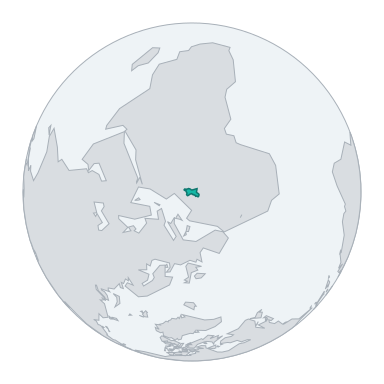 globe centered on Ash Shati', rotated 200°
{"feature_id": "LBY-2967", "entity_name": "Ash Shati'", "entity_type": "Municipality", "adm_level": 1, "iso_a3": "LBY", "parent_name": "Libya", "parent_adm1": "", "projection": "orthographic", "projection_center": [12.752, 27.893], "detail": "fine", "context": "on_globe", "style": "filled", "palette": "teal", "viewbox_px": 384, "rotation_deg": 200, "n_neighbors": 0, "source": "natural_earth", "source_scale": "10m", "svg_char_len": 10749}
<svg xmlns="http://www.w3.org/2000/svg" viewBox="0 0 384 384"><g transform="rotate(200 192 192)"><circle cx="192" cy="192" r="169" fill="#eef3f6" stroke="#a8b0b8"/><path d="M141.4,30.8L143.2,30.3L163.7,25.4L164.3,25.3L168.8,24.6L169.1,24.6L189.8,23.1L183.6,23.3L183.9,23.4L189.1,23.2L193.0,23.4L185.4,23.6L191.5,24.0L182.0,25.7L160.9,28.2L156.4,30.8L136.7,38.2L139.2,38.1L133.4,41.6L134.2,42.9L130.3,44.4L134.3,44.3L137.7,42.7L140.5,42.3L141.3,43.1L136.5,44.9L135.4,44.8L134.4,45.8L131.7,46.4L133.5,46.5L127.5,49.0L134.5,47.9L130.7,50.9L126.5,52.2L125.5,50.3L113.4,50.3L108.9,51.9L103.3,55.5L95.8,65.5L91.3,68.3L86.3,73.3L89.3,72.3L94.4,68.1L98.8,68.0L104.5,63.4L107.1,62.8L113.5,59.2L114.0,61.8L111.0,66.4L105.7,69.7L104.2,72.0L110.4,70.8L101.7,79.4L98.0,89.6L95.6,91.9L88.8,92.2L85.8,86.7L77.0,88.9L84.2,89.8L78.0,96.2L77.6,98.5L78.8,99.7L81.7,98.3L79.9,101.2L72.2,100.9L73.7,98.2L76.1,98.2L74.7,95.9L69.4,96.6L66.7,100.3L61.7,98.8L59.7,101.6L57.5,103.1L61.0,98.7L54.6,106.9L48.2,109.3L39.4,124.5L46.5,109.8L48.1,105.6L49.3,102.4L47.8,104.7L51.4,98.4L51.3,98.5L58.7,88.1L67.0,78.4L75.9,69.3L85.5,60.8L95.7,53.2L106.4,46.3L117.7,40.3L129.4,35.1L141.4,30.8ZM37.8,122.8L37.1,124.6L35.1,129.2L37.8,122.8ZM31.0,140.8L29.9,144.5L27.8,152.2L31.0,140.8ZM25.7,162.0L25.5,163.9L25.0,170.1L26.3,166.5L27.8,167.2L25.9,176.0L28.2,170.4L28.0,176.9L31.9,184.8L31.1,186.2L34.2,203.5L40.5,215.5L41.9,223.7L40.9,226.7L43.7,230.5L43.8,233.1L57.7,247.3L67.0,258.9L68.2,267.7L63.3,273.7L65.7,291.2L58.7,290.3L61.6,296.6L64.1,302.3L61.5,299.4L54.0,289.5L47.3,279.2L41.3,268.4L36.1,257.1L31.8,245.6L28.3,233.7L25.7,221.6L23.9,209.4L23.1,197.0L23.2,184.7L23.4,182.1L24.8,169.1L25.2,165.7L24.7,168.3L24.8,167.4L25.7,162.0ZM36.9,129.1L33.7,144.2L33.1,140.6L33.7,140.1L35.0,135.1L36.5,128.7L36.7,126.5L36.9,129.1ZM40.9,124.5L41.2,122.6L41.3,123.8L40.9,124.5ZM112.8,58.1L113.1,58.7L111.8,59.0L112.8,58.1ZM115.3,56.2L113.5,56.2L114.4,55.3L115.5,55.3L115.3,56.2ZM195.1,23.1L197.8,23.2L193.9,23.1L195.1,23.1ZM117.3,56.4L116.2,53.7L117.9,52.2L123.4,51.0L117.3,56.4ZM198.7,23.3L205.6,24.1L207.8,24.1L205.4,24.9L200.4,23.7L195.2,23.5L198.5,23.5L198.7,23.3ZM138.4,41.9L134.8,43.6L137.1,41.6L138.4,41.9ZM139.2,40.8L142.0,36.0L147.7,34.3L145.6,36.1L152.4,33.6L153.7,35.0L150.3,36.7L146.4,37.5L149.9,37.5L139.2,40.8ZM203.0,25.5L203.7,25.9L201.7,25.6L203.0,25.5ZM141.9,42.0L141.9,41.0L146.9,39.4L147.6,41.0L145.8,41.0L141.9,42.0ZM153.5,32.3L157.3,31.6L159.4,32.5L161.2,32.4L154.3,34.9L153.5,32.3ZM145.1,41.8L147.9,41.9L146.3,43.5L142.1,42.8L145.1,41.8ZM147.8,38.3L150.2,37.7L149.1,38.5L147.8,38.3ZM142.1,49.7L142.1,48.3L144.7,47.3L142.1,49.7ZM149.1,41.9L149.6,41.4L150.6,40.9L152.1,41.4L149.1,41.9ZM156.3,35.5L156.4,36.2L159.2,34.5L160.9,35.4L156.0,37.0L158.8,36.7L159.4,37.0L154.8,38.0L156.3,35.5ZM156.6,40.5L150.9,43.3L150.4,46.0L148.1,46.9L149.3,42.5L156.6,40.5ZM155.9,38.9L155.8,40.1L153.0,40.5L151.3,39.9L155.9,38.9ZM163.9,35.5L162.5,33.7L163.6,33.5L163.9,35.5ZM157.0,41.2L158.4,40.5L157.3,41.3L157.0,41.2ZM162.4,37.1L161.8,36.4L163.1,36.1L162.4,37.1ZM161.6,39.9L159.8,40.7L158.6,40.3L161.6,39.9ZM162.4,38.5L164.4,38.3L159.3,39.7L161.9,38.3L162.4,38.5ZM163.7,36.9L164.3,36.5L163.8,37.2L163.7,36.9ZM167.2,41.3L161.1,43.1L158.5,42.0L164.8,40.4L167.2,41.3ZM226.5,26.6L233.4,28.2L237.0,29.1L247.8,32.5L247.5,32.4L228.9,27.4L236.8,29.2L236.0,29.2L239.5,30.3L245.0,31.9L245.0,31.7L259.1,38.1L274.4,45.6L270.8,43.0L272.8,43.7L282.4,49.3L299.5,61.7L309.9,71.0L310.8,71.8L315.3,76.5L312.3,73.5L316.8,78.9L312.7,74.8L318.3,81.5L320.8,83.7L318.3,80.1L324.9,88.2L327.8,91.4L336.5,104.5L344.0,118.2L347.8,127.2L349.0,130.2L348.2,129.4L350.8,137.5L355.3,148.5L356.2,152.2L356.6,154.1L358.9,166.4L358.3,163.1L356.2,160.9L358.5,172.8L360.2,177.3L360.8,184.5L360.9,186.6L360.7,186.7L359.7,178.8L358.9,177.8L357.2,167.8L352.9,155.9L352.6,162.1L350.8,156.3L344.8,148.5L343.3,157.3L342.2,180.1L345.1,195.4L343.4,204.7L333.8,188.0L328.1,174.6L325.5,178.2L314.9,170.2L299.0,177.8L296.0,174.7L293.1,178.0L285.5,176.7L280.7,171.3L276.4,173.3L289.2,187.3L293.7,185.2L296.4,176.9L299.2,182.4L306.4,185.1L301.1,203.4L276.2,225.6L272.6,214.5L247.6,186.5L247.7,182.6L247.5,182.2L247.1,181.5L246.0,188.0L241.3,182.2L256.0,203.0L259.0,212.4L275.9,226.4L274.6,228.7L279.7,231.0L294.6,221.5L294.9,225.4L288.6,245.6L267.0,274.7L269.2,288.6L266.5,300.9L251.6,311.5L251.5,319.6L243.6,323.8L242.2,328.3L235.0,333.8L223.6,339.3L205.7,340.9L205.7,337.4L198.5,330.3L188.9,310.5L194.5,300.4L193.4,292.4L180.4,273.7L183.3,262.8L179.5,258.1L171.9,259.2L167.4,253.4L162.7,253.1L132.4,254.4L122.5,245.6L109.4,220.0L114.4,211.4L114.3,200.0L148.1,165.5L156.4,168.4L184.4,164.1L188.1,165.5L186.1,174.6L208.1,184.6L213.7,176.6L232.4,180.5L244.0,178.4L245.9,161.1L226.8,164.1L222.3,156.4L236.5,146.9L252.9,144.8L251.7,141.8L240.2,136.8L242.9,130.4L236.1,134.7L239.7,137.3L235.5,140.3L232.0,138.1L233.1,135.8L227.9,135.2L224.0,147.2L227.2,151.2L214.1,154.9L218.2,162.1L215.0,166.1L206.9,155.4L206.9,151.2L192.8,140.2L191.7,144.9L204.9,155.8L201.2,155.1L199.8,162.3L198.0,156.4L183.9,144.0L171.3,146.9L157.2,164.1L149.4,165.2L142.1,161.2L145.4,143.6L162.3,143.3L163.7,137.8L158.7,129.7L164.3,130.5L164.3,127.4L170.6,127.1L177.8,119.6L183.9,118.7L185.3,109.4L188.6,107.9L186.8,113.7L188.9,117.6L203.8,116.2L206.3,114.0L206.0,108.2L210.1,108.9L207.9,103.5L215.8,100.5L204.3,100.0L203.6,94.0L207.6,89.0L205.3,87.1L198.9,95.3L198.2,98.8L200.9,101.8L197.1,112.1L192.3,114.1L188.4,103.5L181.1,105.4L181.3,97.0L198.5,78.9L206.5,75.2L222.7,80.8L221.7,84.6L215.4,84.3L222.6,89.7L221.4,86.8L224.8,87.5L225.0,82.6L227.5,82.9L223.5,77.8L226.6,77.7L229.0,81.0L232.0,74.2L237.9,73.2L237.3,71.5L235.1,70.1L244.1,70.0L243.3,68.9L240.1,68.4L236.4,65.9L233.4,61.7L236.7,61.9L238.2,63.4L246.3,67.3L249.9,71.8L250.9,71.5L248.6,67.7L238.7,62.9L236.0,60.3L240.9,62.0L238.9,61.2L238.6,60.0L241.3,59.2L236.0,57.1L228.0,45.6L232.5,43.4L237.8,45.8L235.6,39.6L240.8,38.6L237.8,38.0L234.8,35.3L233.1,35.5L231.4,35.0L222.8,29.4L223.3,28.6L216.2,26.5L214.6,26.3L213.8,26.7L205.4,24.9L207.8,24.1L211.2,24.4L210.4,24.1L218.2,25.1L222.7,25.9L226.5,26.6ZM137.9,184.4L137.4,187.8L137.9,184.4ZM271.5,151.3L280.6,149.1L274.4,139.9L277.4,138.5L274.2,136.1L273.9,139.3L265.8,132.6L268.9,128.4L266.7,124.3L263.6,124.9L259.1,133.8L270.7,143.3L269.6,148.2L271.5,151.3ZM32.1,185.0L32.4,187.6L31.5,186.4L32.1,185.0ZM31.8,143.5L31.7,145.3L31.2,147.5L31.0,146.7L31.8,143.5ZM34.3,157.8L34.8,160.5L33.7,159.1L34.3,157.8ZM33.5,146.4L33.8,156.0L31.8,154.5L31.8,148.7L32.5,150.6L33.5,146.4ZM38.4,128.4L38.1,130.1L37.3,131.3L38.4,128.4ZM40.9,125.5L40.8,125.2L41.5,123.4L40.9,125.5ZM78.5,96.2L79.1,96.4L79.7,98.1L78.2,98.3L78.5,96.2ZM89.3,101.0L86.2,105.6L87.4,102.2L84.8,103.1L84.2,97.4L94.3,92.8L89.8,95.7L89.3,101.0ZM86.1,89.2L85.4,92.9L85.8,89.0L86.1,89.2ZM158.5,111.9L161.0,113.8L159.4,117.4L151.6,119.7L154.0,114.4L158.5,111.9ZM165.1,116.0L163.4,105.5L168.1,104.1L165.8,106.6L169.1,106.7L166.1,110.8L172.4,120.1L171.3,123.9L157.6,125.4L162.7,122.6L159.8,120.6L165.1,116.0ZM150.6,85.5L149.9,82.0L161.1,83.2L160.4,86.3L152.7,88.5L148.9,86.1L150.6,85.5ZM127.2,55.2L126.3,54.6L127.6,54.0L129.5,54.0L127.2,55.2ZM141.9,49.2L132.9,57.4L131.3,57.1L128.0,62.9L122.5,64.4L124.9,60.4L118.1,66.2L118.1,63.2L114.0,67.4L119.8,58.4L119.5,56.4L121.9,58.0L127.0,56.7L129.0,55.5L134.7,50.7L136.5,46.1L141.8,44.4L145.0,44.5L145.4,45.3L141.8,46.0L144.9,46.7L140.1,48.4L141.9,49.2ZM180.2,52.2L175.9,51.7L181.2,55.2L176.4,56.2L177.3,56.6L174.3,58.5L172.3,61.7L169.9,61.8L170.1,63.0L168.2,64.6L167.7,66.4L163.3,67.3L162.3,69.6L160.7,68.7L160.3,72.7L158.7,70.2L155.9,72.2L159.0,73.5L136.3,76.1L128.0,79.8L122.1,84.5L120.0,80.2L124.3,73.4L131.8,66.5L140.1,63.8L137.6,62.6L140.9,61.1L141.4,62.6L142.5,59.3L145.3,58.6L152.0,53.7L151.8,50.0L154.2,48.3L155.7,49.4L157.1,47.0L161.5,48.1L163.4,47.1L169.6,47.3L171.4,50.4L173.3,49.0L178.1,49.5L180.2,52.2ZM168.9,41.4L172.2,44.4L171.1,46.6L160.7,45.3L158.4,46.2L151.7,45.9L153.4,42.9L155.1,43.2L157.2,42.8L155.9,43.9L158.5,42.8L161.1,43.2L163.8,42.6L164.1,43.7L168.9,41.4ZM191.6,162.0L194.3,162.2L198.4,161.6L197.6,166.3L191.6,162.0ZM181.8,153.6L184.1,153.0L185.0,158.8L182.1,158.8L181.8,153.6ZM184.8,147.8L184.2,152.5L182.8,149.9L184.8,147.8ZM188.9,112.9L191.4,112.1L191.9,113.4L190.9,115.5L188.9,112.9ZM194.9,64.6L192.7,63.5L193.2,62.9L190.8,59.3L194.2,58.5L196.9,60.4L194.9,64.6ZM243.0,164.5L240.1,168.3L238.2,167.1L239.6,166.0L243.0,164.5ZM218.1,167.9L224.1,169.3L217.8,169.1L218.1,167.9ZM198.2,63.2L196.8,61.7L199.4,62.3L198.2,63.2ZM196.5,57.8L199.4,58.1L194.3,58.0L196.5,57.8ZM291.8,291.5L278.4,314.1L271.5,316.3L271.5,311.2L277.2,298.3L285.7,292.3L290.2,285.3L291.8,291.5ZM360.7,201.0L358.8,188.0L359.5,185.6L360.9,189.7L360.7,201.0ZM345.7,196.5L348.6,203.4L347.4,206.4L345.7,196.5ZM350.7,134.3L351.4,136.9L350.6,134.8L349.1,130.4L350.7,134.3ZM225.1,57.6L224.7,63.2L226.7,67.3L231.3,69.6L224.6,69.0L221.6,62.6L225.1,57.6ZM227.3,46.9L223.2,45.4L225.0,44.8L226.2,45.1L227.3,46.9ZM224.8,46.9L219.8,47.4L217.5,45.8L221.9,45.7L224.8,46.9ZM209.1,54.6L208.7,56.2L206.7,55.6L209.1,54.6ZM276.4,45.6L270.5,42.6L267.5,41.1L271.8,43.0L276.4,45.6ZM205.3,25.9L203.8,25.9L204.2,25.6L205.3,25.9ZM230.6,35.3L228.3,34.6L228.9,34.1L230.6,35.3ZM222.5,32.7L223.4,33.8L221.1,32.6L222.5,32.7ZM225.7,36.2L223.1,34.1L227.5,36.3L225.7,36.2Z" fill="#d9dde1" stroke="#a8b0b8" stroke-width="1"/><path d="M184.6,192.1L184.3,191.0L184.3,190.8L184.4,189.8L184.5,189.7L184.9,189.6L185.1,189.5L185.5,189.6L185.8,189.8L186.0,189.8L186.2,189.7L186.5,189.6L186.9,189.4L187.1,189.2L187.3,189.3L187.4,189.5L187.5,189.8L187.8,189.8L188.0,189.9L188.3,190.1L188.5,190.1L188.6,189.9L189.0,189.9L189.3,189.9L189.5,190.0L189.8,190.1L189.9,189.9L190.0,189.8L190.3,189.9L190.5,189.9L190.8,190.0L191.0,190.0L191.3,190.1L191.4,190.3L191.6,190.4L191.8,190.4L192.0,190.2L192.3,189.9L192.6,189.7L192.9,189.5L193.2,189.2L193.4,188.9L193.6,188.6L193.7,188.4L193.9,188.2L194.0,187.9L194.2,187.7L194.3,187.5L194.5,187.4L194.8,187.1L195.0,187.0L195.3,187.2L195.7,187.3L195.9,187.5L196.2,187.8L196.3,187.9L196.3,188.1L196.3,188.4L196.3,188.7L196.3,189.1L196.4,189.3L196.6,189.5L196.9,189.8L197.4,190.1L197.7,190.4L197.8,190.8L197.8,191.0L198.2,191.2L198.5,191.2L198.8,191.0L199.2,191.0L199.4,191.0L199.7,191.1L199.9,191.1L200.1,191.3L200.2,191.6L200.1,191.8L200.0,192.1L199.9,192.3L199.3,192.4L199.0,192.5L198.8,192.6L198.3,192.7L198.1,192.7L197.7,192.9L197.5,193.2L197.2,193.4L196.9,193.6L196.6,193.8L196.4,194.1L196.1,194.1L195.2,194.2L194.3,194.1L193.6,193.8L193.2,193.8L192.7,193.9L192.1,194.3L191.5,194.7L190.8,195.2L190.0,195.8L189.3,196.3L188.7,196.7L188.4,196.9L188.3,196.5L188.2,196.1L188.1,195.4L188.0,194.7L187.9,194.3L187.8,193.6L187.7,193.3L187.5,193.2L187.1,193.0L186.5,192.9L186.0,192.8L185.5,192.6L185.0,192.4L184.7,192.1L184.6,192.1Z" fill="#14b8a6" stroke="#0f766e" stroke-width="1.5"/></g></svg>